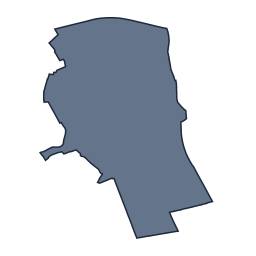 outline of Schiedam, Zuid-Holland, Netherlands, rotated 182°
{"feature_id": "6326949B24591073914340", "entity_name": "Schiedam", "entity_type": "district", "adm_level": 2, "iso_a3": "NLD", "parent_name": "Netherlands", "parent_adm1": "Zuid-Holland", "projection": "robinson", "projection_center": [4.387, 51.93], "detail": "fine", "context": "isolated", "style": "filled", "palette": "slate", "viewbox_px": 256, "rotation_deg": 182, "n_neighbors": 0, "source": "geoboundaries", "source_scale": "gbopen_adm2", "svg_char_len": 5265}
<svg xmlns="http://www.w3.org/2000/svg" viewBox="0 0 256 256"><g transform="rotate(182 128 128)"><path d="M115.3,18.3L113.9,18.6L108.1,19.8L106.0,20.3L103.9,20.7L103.0,20.7L102.7,20.8L102.4,20.9L102.1,20.9L102.0,21.0L101.8,21.0L101.5,21.1L101.2,21.1L100.9,21.2L100.7,21.3L100.2,21.4L78.0,26.0L74.3,26.7L77.4,32.6L78.9,35.4L79.7,37.0L80.8,39.2L82.0,41.7L83.6,45.2L81.8,45.7L80.2,46.0L78.4,46.5L76.4,47.1L74.9,47.5L73.3,47.8L71.9,48.2L70.8,48.7L70.1,49.0L69.0,49.2L67.6,49.6L66.4,49.8L65.9,50.0L65.6,50.1L65.3,50.2L64.9,50.3L64.6,50.3L63.8,50.6L63.0,50.8L61.7,51.1L60.0,51.6L59.3,51.8L58.8,52.1L55.4,52.9L54.2,53.3L53.5,53.6L53.3,53.6L52.8,53.5L52.5,53.6L51.7,53.8L50.8,54.4L50.7,54.5L49.4,54.7L48.7,54.9L48.3,55.0L47.0,55.3L46.6,55.5L45.8,55.9L45.9,56.0L44.9,56.3L43.8,56.6L43.2,57.0L42.5,57.0L42.3,57.0L41.8,57.2L41.0,57.4L49.4,71.7L50.2,73.1L51.6,75.4L52.8,77.4L54.4,80.1L57.5,85.3L61.4,92.0L62.4,93.0L63.0,93.9L64.1,95.6L65.0,97.0L65.3,97.6L66.5,99.7L67.0,100.5L67.2,100.9L67.4,101.3L67.7,101.9L67.9,102.3L69.0,104.4L69.1,104.7L69.3,105.1L70.0,106.9L70.3,107.7L70.4,108.0L70.9,109.2L71.9,112.0L72.0,112.5L72.7,114.8L73.3,117.4L73.5,118.3L74.0,120.6L74.2,121.9L74.2,122.3L74.3,122.6L74.4,122.9L74.4,123.2L74.5,123.8L74.6,124.6L74.6,124.8L75.1,132.4L75.4,135.7L74.0,136.4L73.6,136.6L72.9,137.0L72.3,137.4L71.5,138.0L69.9,139.4L70.9,147.5L71.3,147.7L71.5,147.9L71.9,148.1L72.4,148.5L72.5,148.6L74.4,150.3L75.5,151.3L76.0,151.8L76.6,152.5L77.0,153.0L79.0,155.1L79.2,155.3L79.3,155.5L79.5,155.9L80.0,158.0L80.2,158.8L80.5,163.0L80.6,164.7L80.6,165.7L80.9,168.8L80.9,169.9L81.0,171.6L81.1,172.2L81.1,172.7L81.2,173.5L81.3,174.1L81.4,175.0L81.6,175.9L81.9,177.3L82.8,177.1L83.6,179.6L84.3,181.8L84.5,182.0L86.9,187.4L87.1,188.3L87.2,188.5L87.8,191.3L88.3,193.9L88.9,196.5L89.0,196.6L88.9,196.7L89.1,197.2L89.3,198.8L90.1,202.1L90.3,203.1L91.0,205.7L90.6,208.3L90.8,208.6L90.4,210.9L90.5,211.1L90.4,211.4L90.4,211.7L90.3,212.0L90.3,212.3L90.2,212.5L90.2,213.0L90.1,213.3L90.1,213.6L90.1,213.9L90.1,214.3L90.0,214.9L90.0,215.8L90.0,216.6L90.0,217.3L90.3,219.6L90.3,219.8L90.4,220.3L90.5,220.8L90.5,221.1L90.6,221.4L90.6,221.7L90.7,222.0L90.7,222.3L90.8,222.6L90.8,222.9L90.9,223.2L91.0,223.5L91.1,224.0L91.2,224.3L91.3,224.6L91.3,224.9L91.4,225.2L91.5,225.5L91.6,225.8L91.7,226.0L91.8,226.3L91.9,226.6L92.0,226.9L92.1,227.2L92.2,227.5L92.3,227.7L92.4,228.0L92.5,228.3L92.6,228.6L92.8,228.9L93.9,229.0L97.2,229.5L99.2,229.9L101.0,230.2L114.5,233.0L129.6,236.0L136.9,237.1L138.8,237.3L139.2,237.4L140.9,237.5L142.4,237.6L144.1,237.6L145.7,237.7L147.2,237.7L148.2,237.6L152.0,237.5L156.0,237.1L158.0,236.9L159.7,236.6L161.3,236.4L162.8,236.1L164.2,235.8L165.5,235.5L166.5,235.2L174.6,232.8L189.9,228.5L197.2,226.4L204.6,224.3L201.1,218.8L209.8,210.2L209.0,209.4L208.9,209.2L204.4,204.1L203.6,202.8L203.6,202.7L203.7,202.4L203.8,202.3L203.8,202.2L203.9,201.7L204.0,201.5L202.1,198.7L198.5,193.0L195.0,194.4L193.8,192.5L192.6,187.1L200.2,183.6L200.3,183.5L200.5,183.5L200.6,183.4L200.8,183.2L201.0,183.1L201.4,182.7L201.5,181.9L201.6,181.7L201.9,181.2L202.0,181.1L204.1,181.0L204.3,179.7L204.4,178.8L208.6,179.1L209.8,174.4L210.2,174.4L213.4,161.2L213.2,152.7L212.8,152.4L212.7,150.8L212.3,150.9L212.0,151.0L211.7,151.0L210.7,151.1L209.8,151.2L209.2,151.2L208.6,151.2L200.5,137.7L196.3,130.5L195.8,130.7L194.7,131.1L194.4,130.3L194.2,130.0L194.1,129.8L193.9,129.5L193.5,128.9L193.2,128.5L192.7,127.8L192.6,127.6L192.4,127.4L191.9,126.9L191.7,126.6L191.5,126.4L191.3,126.1L191.1,125.8L190.8,125.2L190.7,125.0L190.5,124.5L190.4,124.2L190.3,123.8L190.3,123.5L190.2,123.3L190.2,122.7L190.2,122.2L190.2,121.4L190.3,121.0L190.3,120.6L190.4,120.0L190.4,119.5L190.6,118.7L190.8,117.6L191.0,117.0L191.1,116.5L191.2,116.1L191.5,114.9L191.7,114.1L191.8,113.7L191.9,113.1L192.0,111.3L191.9,111.3L191.9,111.1L192.0,111.1L192.1,110.9L192.1,110.5L192.3,109.8L192.4,109.5L192.5,109.3L192.7,108.9L192.8,108.9L193.0,108.6L193.3,108.3L193.6,107.9L193.8,107.7L194.1,107.5L194.5,107.3L194.7,107.2L195.0,107.0L195.5,106.9L195.9,106.7L196.3,106.6L196.8,106.5L197.4,106.5L197.8,106.4L198.3,106.4L198.6,106.4L199.0,106.4L199.8,106.4L200.5,106.3L201.4,106.3L201.7,106.3L201.9,106.3L202.3,106.3L202.7,106.2L202.8,106.2L203.0,106.2L203.4,106.0L203.6,106.0L203.7,105.9L203.9,105.8L204.0,105.8L204.2,105.7L204.8,105.3L205.4,105.0L206.6,104.3L207.1,104.0L207.4,103.9L208.2,103.4L208.7,103.0L209.5,102.6L211.0,101.8L211.2,101.7L211.4,101.6L211.5,101.5L211.8,101.4L212.0,101.3L212.5,101.1L214.1,100.8L215.0,100.3L214.1,99.1L213.7,98.7L212.2,97.0L212.1,96.9L211.9,96.9L209.3,92.8L206.8,94.9L205.9,96.5L204.9,97.3L203.3,98.4L197.1,101.0L193.2,101.9L191.1,99.8L184.8,102.5L184.2,102.3L179.2,104.3L174.6,100.6L174.5,100.4L174.6,98.9L173.6,98.1L173.1,98.0L172.3,98.0L171.1,97.8L170.3,97.1L170.0,97.0L168.5,95.7L168.1,95.4L167.8,95.0L167.4,94.7L167.1,94.4L165.8,93.3L165.1,92.6L163.5,91.2L156.0,85.7L154.0,82.1L153.6,81.8L153.1,81.7L152.0,81.3L152.1,80.6L152.2,80.4L152.6,80.1L154.4,77.1L156.4,72.7L156.5,72.5L154.4,71.9L153.6,72.2L144.7,76.2L142.9,77.0L142.2,77.3L142.0,77.1L141.8,76.9L141.3,76.8L140.2,77.1L139.3,74.8L137.8,71.1L133.5,61.1L129.5,51.7L126.5,44.7L124.7,40.2L123.6,37.9L122.1,34.3L121.4,32.8L120.1,29.5L116.8,21.6L116.1,20.1L115.3,18.3Z" fill="#64748b" stroke="#1e293b" stroke-width="1.5"/></g></svg>